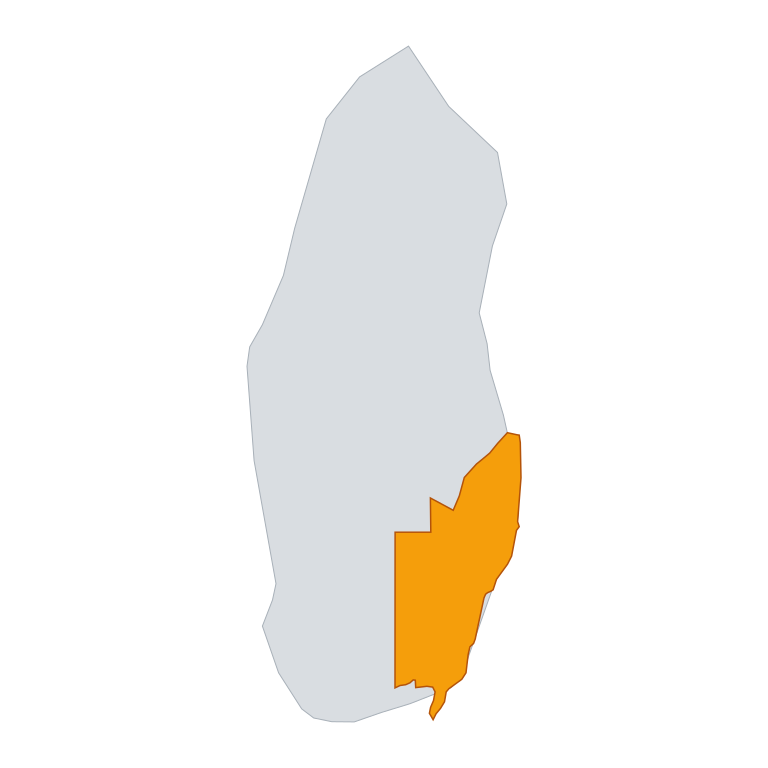 Al Wakrah on a map of Qatar (Equal Earth projection)
{"feature_id": "QAT-1101", "entity_name": "Al Wakrah", "entity_type": "Municipality", "adm_level": 1, "iso_a3": "QAT", "parent_name": "Qatar", "parent_adm1": "", "projection": "equal_earth", "projection_center": [51.437, 24.907], "detail": "fine", "context": "in_parent", "style": "filled", "palette": "amber", "viewbox_px": 768, "rotation_deg": 0, "n_neighbors": 0, "source": "natural_earth", "source_scale": "10m", "svg_char_len": 1248}
<svg xmlns="http://www.w3.org/2000/svg" viewBox="0 0 768 768"><path d="M410.0,703.7L381.3,712.5L354.3,721.9L331.8,721.7L313.7,718.0L301.7,708.9L278.6,672.8L262.4,626.1L272.5,600.0L276.0,583.7L254.1,460.7L247.0,366.3L249.7,346.9L262.4,324.7L283.4,275.5L294.7,228.2L326.3,118.9L359.6,76.9L408.5,46.1L448.7,106.4L497.5,152.5L506.8,204.0L492.4,246.0L479.2,312.9L487.1,343.7L490.1,370.3L503.4,415.1L516.3,473.2L518.6,513.7L511.6,551.2L494.6,582.7L461.0,677.7L451.0,687.6L410.0,703.7Z" fill="#d9dde1" stroke="#a8b0b8" stroke-width="1"/><path d="M519.2,435.1L520.3,442.6L521.0,477.8L517.6,521.6L519.2,526.7L516.5,530.3L511.6,556.1L507.5,564.2L496.5,579.3L493.1,589.8L490.6,591.4L487.7,592.6L485.6,594.2L484.0,597.9L475.7,636.6L475.3,638.8L473.6,643.4L469.9,646.8L468.1,654.9L466.0,672.8L461.8,679.3L448.9,688.7L446.2,691.9L444.5,701.8L440.5,708.4L436.1,713.7L433.1,719.7L429.4,713.3L430.6,707.3L433.5,700.6L435.1,691.9L432.7,687.1L426.9,686.3L415.7,687.6L415.3,680.2L413.2,679.9L410.0,682.8L405.7,684.7L400.1,685.5L395.0,687.9L395.1,532.2L430.8,532.2L430.4,498.0L453.2,510.3L459.3,495.9L464.3,477.5L471.7,469.3L476.5,464.0L481.9,459.6L489.7,453.1L497.7,443.3L507.4,432.7L517.1,434.8L519.2,435.1Z" fill="#f59e0b" stroke="#b45309" stroke-width="1.5"/></svg>